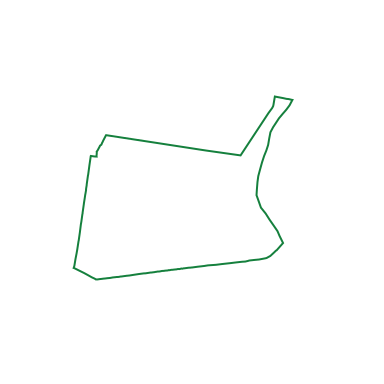 Chau Doc, An Giang, Vietnam (Robinson projection), rotated 42°
{"feature_id": "81297802B29469680325647", "entity_name": "Chau Doc", "entity_type": "district", "adm_level": 2, "iso_a3": "VNM", "parent_name": "Vietnam", "parent_adm1": "An Giang", "projection": "robinson", "projection_center": [105.086, 10.688], "detail": "fine", "context": "isolated", "style": "outline", "palette": "green", "viewbox_px": 384, "rotation_deg": 42, "n_neighbors": 0, "source": "geoboundaries", "source_scale": "gbopen_adm2", "svg_char_len": 2393}
<svg xmlns="http://www.w3.org/2000/svg" viewBox="0 0 384 384"><g transform="rotate(42 192 192)"><path d="M189.7,65.6L192.6,70.2L194.2,72.7L194.9,74.0L195.4,76.1L196.0,82.1L203.6,132.3L174.8,151.7L170.7,154.4L132.7,179.3L90.2,207.2L90.1,207.3L91.6,213.1L92.2,215.0L92.3,215.6L92.8,216.9L93.0,217.6L92.8,218.2L92.7,218.7L92.7,219.3L93.0,220.2L93.2,221.0L93.5,222.3L93.9,223.7L94.0,224.5L94.1,224.8L94.1,225.1L94.2,225.8L94.4,225.9L95.4,227.1L95.9,227.7L96.9,229.1L97.4,229.5L95.7,230.9L92.7,232.9L92.8,233.2L93.5,234.2L96.9,239.3L97.9,240.8L99.0,242.4L103.3,248.7L103.6,249.3L108.6,256.7L109.3,257.6L110.9,260.1L111.6,261.1L111.9,261.3L114.1,264.8L114.5,265.5L116.5,268.5L119.3,272.8L119.6,273.2L124.5,280.5L125.0,281.1L125.5,282.0L129.7,288.2L130.2,289.0L131.0,290.3L135.1,296.2L135.8,297.2L140.3,303.9L140.6,304.5L145.4,311.8L147.4,315.0L150.1,319.5L150.6,320.3L154.0,325.6L154.9,327.6L155.3,327.4L161.1,325.8L166.1,324.4L169.9,323.5L174.8,322.4L176.4,321.9L177.0,321.7L178.7,321.3L179.1,321.3L179.7,320.7L180.3,320.2L181.5,318.7L183.1,316.9L184.2,315.6L185.5,314.2L186.5,313.0L188.7,310.6L190.3,308.5L192.2,306.4L192.7,305.8L194.4,304.1L195.4,302.7L196.2,301.9L198.2,299.5L198.9,298.7L199.2,298.3L201.4,295.9L204.3,292.3L205.3,291.1L205.7,290.6L207.5,288.4L210.5,284.9L212.0,283.4L215.0,279.7L215.8,278.9L217.7,276.7L218.5,275.6L218.8,275.3L219.7,274.1L220.6,273.3L221.5,272.2L222.5,270.8L224.0,269.3L224.5,268.6L226.4,266.6L226.5,266.5L227.1,265.5L227.6,265.2L228.4,264.1L228.6,263.8L229.6,262.8L230.9,261.3L232.3,259.8L232.6,259.3L232.9,258.9L233.7,258.1L234.4,257.5L235.3,256.0L236.1,255.5L236.9,254.3L237.5,253.7L239.6,251.2L239.9,250.8L241.4,249.3L242.1,248.5L242.6,248.0L245.9,244.1L246.5,243.4L247.4,242.4L250.5,238.9L252.9,235.9L258.5,230.1L262.3,225.7L268.1,219.2L271.3,215.5L276.0,210.2L278.1,208.1L279.7,205.8L280.4,204.6L283.6,201.0L287.0,197.3L291.1,191.9L291.6,191.1L293.0,187.1L293.5,181.6L293.6,179.5L293.9,178.7L293.8,169.0L286.3,166.0L281.8,163.9L275.6,162.4L268.3,160.7L261.1,158.7L253.7,157.5L246.0,153.3L242.1,151.2L241.3,150.2L238.6,146.8L234.0,140.8L230.6,135.8L227.4,129.5L224.3,123.3L221.5,117.0L219.5,111.5L217.1,106.1L213.6,100.6L210.3,95.1L208.9,89.5L208.1,84.2L207.3,79.0L207.1,73.4L207.0,67.7L206.5,62.3L205.0,56.4L204.0,57.0L202.1,58.0L201.3,58.5L200.9,58.8L200.0,59.5L196.8,61.3L191.4,64.6L189.7,65.6Z" fill="none" stroke="#15803d" stroke-width="2"/></g></svg>